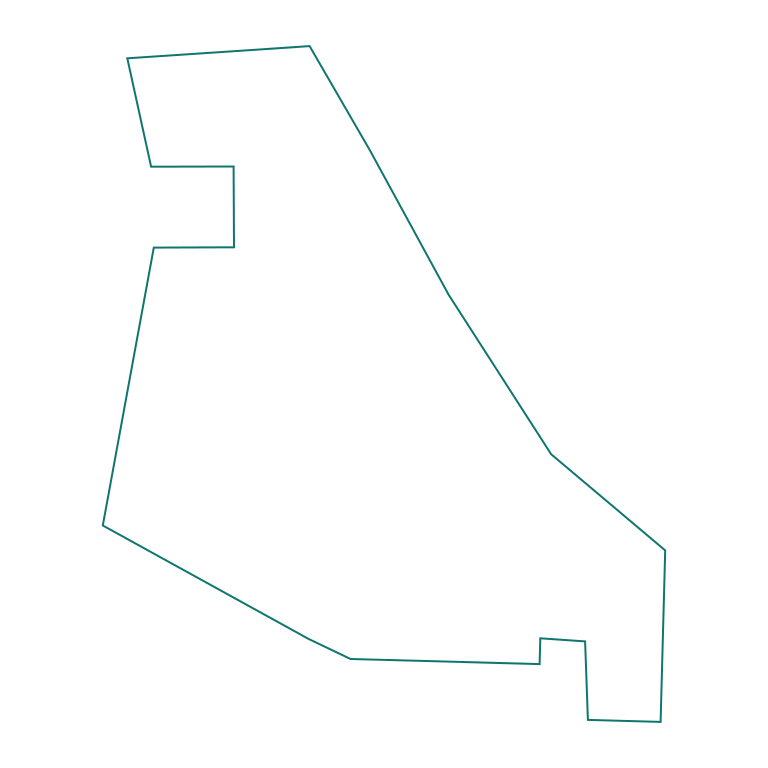 outline of Navoi city, Navoi, Uzbekistan
{"feature_id": "79887680B50515464661087", "entity_name": "Navoi city", "entity_type": "district", "adm_level": 2, "iso_a3": "UZB", "parent_name": "Uzbekistan", "parent_adm1": "Navoi", "projection": "equal_earth", "projection_center": [65.362, 40.044], "detail": "fine", "context": "isolated", "style": "outline", "palette": "teal", "viewbox_px": 768, "rotation_deg": 0, "n_neighbors": 0, "source": "geoboundaries", "source_scale": "gbopen_adm2", "svg_char_len": 353}
<svg xmlns="http://www.w3.org/2000/svg" viewBox="0 0 768 768"><path d="M370.0,150.5L309.6,46.1L127.3,58.3L151.1,166.7L233.6,166.5L234.0,247.3L153.8,247.6L102.8,525.5L308.5,638.9L350.5,659.0L539.6,664.1L540.3,638.3L585.1,641.4L587.9,719.9L660.6,721.9L665.2,550.4L551.2,454.3L448.6,294.7L370.0,150.5Z" fill="none" stroke="#0f766e" stroke-width="2"/></svg>